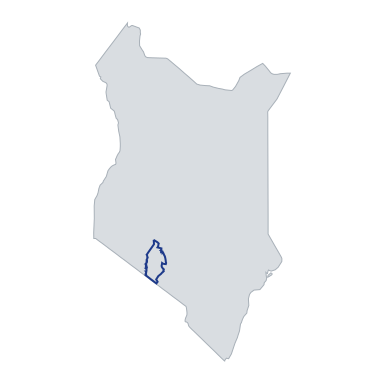 Kajiado West, Rift Valley, Kenya (highlighted)
{"feature_id": "3690345B61385295322660", "entity_name": "Kajiado West", "entity_type": "district", "adm_level": 2, "iso_a3": "KEN", "parent_name": "Kenya", "parent_adm1": "Rift Valley", "projection": "equal_earth", "projection_center": [36.295, -1.696], "detail": "fine", "context": "in_parent", "style": "outline", "palette": "blue", "viewbox_px": 384, "rotation_deg": 0, "n_neighbors": 0, "source": "geoboundaries", "source_scale": "gbopen_adm2", "svg_char_len": 5704}
<svg xmlns="http://www.w3.org/2000/svg" viewBox="0 0 384 384"><path d="M93.8,238.5L93.7,232.9L94.3,218.5L94.2,205.8L94.8,199.5L97.1,195.5L98.1,192.6L98.9,188.5L100.1,185.2L102.9,182.5L103.4,181.0L106.3,176.5L108.0,170.7L109.4,168.7L111.0,166.9L112.2,165.9L114.1,164.9L115.6,164.4L115.8,163.9L116.0,163.0L115.5,159.4L116.1,158.2L117.1,155.8L118.3,153.6L119.4,152.2L120.0,150.7L120.2,148.2L120.3,146.4L120.3,143.4L119.9,136.8L118.7,131.2L117.9,125.0L118.5,122.9L117.5,119.3L117.0,119.1L116.2,118.3L115.2,114.8L114.5,111.7L114.0,110.9L110.7,108.2L109.1,101.7L107.2,100.2L106.2,93.8L106.0,92.0L107.1,85.6L107.0,84.1L105.9,82.7L102.8,81.3L100.3,78.7L100.6,77.8L100.8,76.8L99.5,76.2L95.6,65.2L100.6,58.6L105.6,51.9L112.0,43.5L117.9,35.7L122.9,29.0L127.5,23.0L127.4,24.2L127.4,25.7L127.9,26.6L128.9,27.3L130.2,26.6L131.3,25.7L132.4,25.5L139.2,28.0L140.3,30.1L140.3,32.5L140.6,34.1L140.0,35.9L139.5,41.0L139.6,45.7L141.7,49.2L143.5,51.9L144.9,55.8L146.0,57.0L147.5,57.6L152.2,57.8L159.1,58.0L165.7,58.2L166.3,58.3L167.7,58.9L173.9,64.1L179.5,68.8L184.2,73.0L188.9,77.0L193.3,80.9L196.8,84.1L200.2,85.1L205.8,85.6L209.7,85.8L213.2,87.1L218.5,88.4L222.5,89.1L224.9,89.8L231.5,90.5L232.6,90.1L235.5,86.5L238.8,80.6L240.0,77.4L244.3,74.2L251.7,69.8L256.9,66.6L262.7,63.4L265.4,66.2L269.0,70.6L270.7,72.8L272.0,73.7L274.0,74.4L276.4,74.4L277.7,74.3L280.4,73.7L286.7,73.2L290.3,73.2L287.3,79.1L283.7,86.1L277.0,99.0L271.9,105.8L268.1,110.9L267.7,111.8L267.8,117.5L267.8,131.5L267.9,159.5L268.0,187.5L268.1,215.5L268.1,229.4L268.1,234.1L271.5,240.0L274.8,245.8L279.2,253.4L281.5,257.5L281.9,258.8L281.8,261.5L278.2,267.2L275.2,269.8L271.3,271.1L270.1,270.8L268.5,270.0L267.9,271.4L267.5,273.5L266.6,273.1L265.9,272.4L266.3,276.2L266.7,278.1L266.1,280.6L264.2,282.8L264.0,284.7L259.9,289.6L254.0,290.1L250.8,292.5L249.5,294.5L248.4,298.8L248.8,305.5L247.1,310.6L246.8,313.1L243.8,316.5L242.4,319.5L241.4,322.6L240.5,324.0L239.5,330.9L238.1,335.1L237.7,336.5L237.3,337.8L236.2,340.3L235.5,342.0L235.0,343.1L231.4,353.9L228.6,358.7L226.4,358.2L224.9,360.1L224.7,361.0L224.0,360.5L222.1,358.7L218.3,355.0L214.6,351.3L210.8,347.7L207.0,344.0L203.3,340.4L199.5,336.7L195.7,333.0L191.9,329.4L189.7,327.2L188.7,325.9L188.0,323.4L187.6,322.8L186.6,322.0L185.4,321.8L185.1,321.3L185.1,320.1L185.5,318.3L186.9,315.0L187.0,313.0L186.8,310.8L186.3,307.2L185.9,306.3L183.4,304.5L178.2,300.5L172.9,296.6L167.7,292.6L162.4,288.7L157.2,284.7L151.9,280.8L146.7,276.8L141.4,272.9L136.2,268.9L130.9,265.0L125.7,261.0L120.4,257.1L115.2,253.1L109.9,249.2L104.7,245.2L99.4,241.3L97.4,239.8L95.7,238.5L93.8,238.5ZM268.5,276.9L267.6,277.2L268.1,275.3L270.8,272.9L271.9,273.4L272.1,274.0L272.0,274.5L271.5,275.0L268.5,276.9Z" fill="#d9dde1" stroke="#a8b0b8" stroke-width="1"/><path d="M165.8,264.1L165.9,263.9L165.9,263.7L166.0,263.4L166.1,263.2L166.1,262.9L166.0,262.6L165.8,261.7L165.7,260.9L165.7,260.7L165.7,260.4L165.4,258.8L165.4,258.7L165.3,258.1L165.1,257.6L165.1,257.2L165.0,256.8L164.8,256.4L164.8,256.2L164.6,255.9L164.5,255.7L164.3,255.4L164.2,255.0L164.1,254.9L163.9,254.6L163.7,253.9L163.4,253.2L163.1,252.7L163.0,252.8L162.9,252.7L162.8,252.9L162.8,253.0L162.7,252.9L162.6,253.0L162.4,253.1L162.4,252.9L162.3,252.7L162.3,252.4L162.4,252.1L162.4,251.8L162.4,251.7L162.2,251.7L161.9,251.7L161.7,251.7L161.4,251.7L161.3,251.8L161.1,251.9L161.1,251.7L161.2,251.4L161.2,251.2L161.0,250.8L160.9,250.7L161.4,250.6L161.4,250.3L161.5,250.3L161.5,250.2L161.4,249.8L161.3,249.7L161.2,249.5L161.3,249.4L161.3,249.2L161.4,248.4L157.5,247.4L157.8,246.9L158.1,246.4L158.5,244.3L158.6,243.8L158.7,243.5L157.9,242.7L157.6,242.4L156.6,241.7L156.2,241.5L154.2,240.2L153.7,239.9L153.6,239.7L153.7,240.0L154.0,244.2L151.5,247.8L148.4,252.2L147.2,254.0L146.7,254.7L146.9,254.9L146.9,255.0L147.1,255.5L147.2,256.2L147.3,256.4L147.3,256.6L147.4,256.8L147.5,257.0L147.5,257.3L147.6,257.5L147.4,257.7L147.4,258.1L147.2,258.2L147.2,258.3L147.1,258.5L147.1,258.8L146.9,258.9L146.7,258.9L146.8,258.9L146.9,259.0L146.8,259.5L146.7,259.7L146.7,259.8L146.6,260.0L146.8,260.3L146.7,260.4L146.7,260.5L146.8,260.5L146.9,260.9L146.8,261.0L146.8,260.9L146.8,261.0L146.9,261.3L147.0,261.3L147.0,261.5L146.9,261.7L146.9,261.8L146.7,261.8L146.5,262.0L146.5,262.3L146.6,262.5L146.5,262.8L146.4,263.0L146.3,263.3L146.2,263.4L146.3,263.4L146.3,263.6L146.2,263.6L146.2,263.8L146.1,264.0L145.9,264.1L146.0,264.2L146.1,264.3L146.1,264.5L146.0,264.8L145.9,265.0L145.9,265.3L146.0,265.2L146.1,265.3L146.2,265.6L146.2,265.9L146.3,265.8L146.3,265.7L146.5,265.9L146.5,266.0L146.6,266.3L146.6,266.5L146.7,266.9L146.6,267.0L146.7,267.3L146.6,267.5L146.4,267.6L146.4,267.8L146.4,268.0L146.3,267.9L146.2,267.9L146.1,268.0L146.2,268.3L146.3,268.4L146.4,268.5L146.5,268.5L146.4,268.7L146.3,268.8L146.2,268.8L146.3,268.9L146.3,269.0L146.4,269.3L146.5,269.5L146.4,269.8L146.4,270.0L146.5,270.3L146.4,270.5L146.4,270.8L146.4,271.1L146.3,271.4L146.3,271.6L146.2,271.6L146.3,271.7L146.3,271.8L146.2,272.1L146.1,272.3L146.1,272.5L146.1,272.4L146.0,272.6L146.0,272.8L146.0,273.0L146.1,274.4L145.5,274.4L145.5,275.1L149.4,278.1L150.9,279.3L156.4,283.4L157.6,281.8L156.5,279.9L156.2,279.5L156.3,279.3L156.4,279.1L156.5,278.9L156.7,278.6L156.8,278.5L157.0,278.2L157.4,277.5L157.5,277.4L157.6,277.2L157.8,277.0L157.8,276.8L157.9,276.6L158.0,276.5L158.2,276.2L161.1,273.8L162.2,272.5L162.4,272.4L162.6,272.3L162.7,272.1L162.8,272.0L163.2,271.7L163.3,271.5L163.4,271.4L163.6,271.3L163.4,270.8L163.4,270.7L163.5,270.6L163.6,270.4L163.6,270.2L163.8,269.6L163.7,269.5L163.6,269.2L163.5,268.9L163.0,268.7L161.8,266.9L161.6,265.9L162.0,263.8L162.1,263.0L162.5,263.3L162.7,263.5L162.9,263.6L163.1,263.7L164.1,263.9L164.5,264.0L165.5,264.0L165.8,264.1Z" fill="none" stroke="#1e3a8a" stroke-width="2"/></svg>